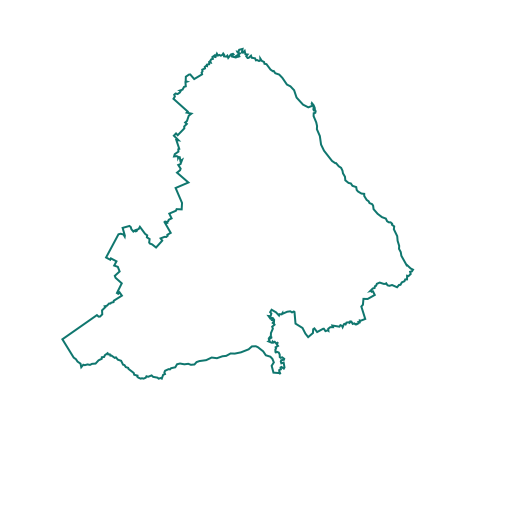 Masterton District, Wellington, New Zealand (Equal Earth projection), rotated 297°
{"feature_id": "76426892B14950908560920", "entity_name": "Masterton District", "entity_type": "district", "adm_level": 2, "iso_a3": "NZL", "parent_name": "New Zealand", "parent_adm1": "Wellington", "projection": "equal_earth", "projection_center": [175.891, -40.935], "detail": "fine", "context": "isolated", "style": "outline", "palette": "teal", "viewbox_px": 512, "rotation_deg": 297, "n_neighbors": 0, "source": "geoboundaries", "source_scale": "gbopen_adm2", "svg_char_len": 6133}
<svg xmlns="http://www.w3.org/2000/svg" viewBox="0 0 512 512"><g transform="rotate(297 256 256)"><path d="M433.9,170.2L432.2,171.1L431.1,170.2L431.1,168.0L430.3,167.1L431.7,165.4L430.7,162.2L432.2,160.6L429.2,159.5L428.6,158.6L429.6,156.6L431.7,157.0L431.0,154.9L433.6,152.8L431.2,152.1L431.0,151.0L434.4,150.0L432.1,147.4L430.0,147.7L429.6,146.5L428.9,147.4L429.2,149.7L427.4,149.0L426.3,150.5L425.5,149.7L426.3,148.2L425.1,147.5L425.2,149.1L423.7,147.9L422.8,144.0L423.7,143.6L425.4,144.5L425.7,143.7L424.3,142.2L419.9,141.3L421.5,139.5L420.2,139.1L419.4,136.9L420.8,136.3L421.5,134.9L420.0,134.8L418.5,133.7L418.5,132.0L417.3,131.1L418.5,129.3L414.9,129.6L414.7,128.9L415.8,128.0L413.5,126.8L412.1,128.1L411.0,126.9L409.0,126.6L407.8,127.9L407.4,126.3L405.6,127.2L404.2,125.4L403.0,126.1L402.9,125.3L401.2,124.5L400.0,125.4L397.6,123.5L396.2,124.5L394.7,124.3L393.4,125.5L385.6,120.6L387.9,115.0L387.2,113.9L383.9,112.1L379.8,114.0L380.0,115.3L378.9,114.2L375.3,116.4L374.0,115.1L370.9,115.0L369.0,113.2L369.1,114.0L367.1,113.9L364.7,112.6L364.3,110.6L362.6,109.9L361.3,111.3L358.6,111.1L353.7,129.6L352.3,129.2L353.5,133.8L350.5,132.4L345.0,133.2L342.8,132.3L342.3,134.4L338.8,133.2L337.2,134.2L328.1,131.4L328.9,129.1L325.9,128.2L323.9,134.5L323.1,132.4L316.6,139.0L315.8,138.3L313.8,139.5L309.9,137.4L307.5,137.8L309.0,140.1L309.0,141.5L308.0,142.1L309.0,142.1L309.4,143.2L306.4,145.5L308.1,146.5L303.6,147.0L301.8,145.4L299.6,149.2L297.9,149.4L294.4,147.8L290.8,162.4L280.1,153.5L269.7,166.0L263.8,168.6L261.7,164.0L260.0,164.1L254.4,159.5L251.2,163.7L248.7,161.8L247.2,162.0L246.2,161.2L245.3,162.0L244.9,161.6L245.4,159.4L244.7,159.1L237.9,169.5L234.7,167.4L233.9,168.1L232.2,167.4L231.6,165.9L228.4,163.0L227.1,165.5L218.2,163.1L219.2,158.1L218.9,155.8L219.5,154.7L222.8,153.5L223.1,150.3L225.0,149.7L225.4,147.1L229.3,139.3L226.7,139.2L225.1,137.6L225.0,138.3L224.0,138.3L223.2,137.4L223.2,136.0L222.1,135.6L223.3,132.8L224.9,131.3L225.3,129.6L220.5,124.4L214.6,129.9L213.7,130.2L215.0,128.2L214.4,125.3L212.9,123.6L186.6,123.1L186.5,127.8L188.0,127.8L187.9,134.1L183.1,134.0L183.6,137.8L180.3,141.5L174.2,139.2L172.8,140.8L170.7,148.8L159.9,148.9L159.8,150.4L161.7,150.9L159.8,154.5L151.6,149.6L150.2,150.0L148.7,148.2L147.6,147.9L147.0,146.7L143.9,145.7L142.6,144.1L142.1,145.0L137.7,143.5L134.2,145.5L131.2,144.5L130.5,143.3L131.1,141.1L93.9,121.3L82.7,139.7L82.3,142.4L80.9,144.9L80.4,148.5L77.6,150.8L80.7,151.5L81.0,153.0L82.9,155.1L83.6,157.5L85.5,158.9L87.3,161.9L91.6,163.1L94.3,165.2L95.8,164.6L97.1,166.5L99.0,166.4L102.0,167.9L101.2,169.0L102.0,170.4L101.1,171.5L101.7,172.2L101.1,176.4L102.1,177.2L100.9,180.0L101.4,183.4L98.8,186.9L99.1,188.3L97.9,190.4L98.3,192.9L97.5,193.7L96.3,200.1L94.9,201.4L95.6,204.7L94.6,205.0L94.2,206.4L94.4,209.0L95.3,209.9L95.7,211.5L97.5,213.0L99.1,213.0L99.4,214.7L102.2,217.2L101.6,219.2L102.9,223.5L102.5,224.9L104.1,226.6L104.0,227.7L108.0,227.2L109.5,228.5L110.7,227.2L112.5,227.1L115.5,229.5L115.9,230.8L117.5,231.3L120.2,234.6L123.7,234.8L125.7,237.1L127.0,241.4L129.2,244.6L129.5,247.4L131.4,250.4L134.5,251.2L136.7,253.3L140.6,258.9L145.4,262.6L147.2,267.6L151.4,271.6L153.5,274.8L157.6,277.6L159.4,281.4L163.3,286.3L169.5,291.8L173.6,293.4L175.5,296.8L175.6,299.1L174.3,305.7L172.0,309.8L172.8,314.5L171.8,317.3L169.3,320.2L165.3,319.8L160.0,324.5L162.3,330.0L161.9,331.4L164.1,328.8L165.1,328.5L166.3,329.6L167.8,328.5L168.7,329.0L168.3,331.9L169.6,332.0L173.6,329.0L171.9,327.3L173.2,326.0L174.6,325.8L176.2,328.0L177.2,327.8L177.6,325.3L176.5,324.3L176.7,323.1L179.0,321.8L180.3,320.1L180.1,318.1L179.1,317.5L179.3,316.9L181.5,315.7L182.6,315.9L183.6,314.9L185.9,316.4L186.7,314.7L189.2,314.7L187.1,314.1L188.1,311.6L187.0,311.0L187.3,309.9L186.4,310.3L185.9,309.5L185.6,305.9L186.6,306.5L187.7,305.3L190.2,306.8L190.5,306.6L189.7,305.1L191.6,305.5L194.1,304.3L198.9,304.0L200.4,302.5L203.2,303.7L203.9,302.5L204.0,300.4L204.6,302.3L207.4,301.1L207.7,300.4L206.5,300.3L206.2,299.4L208.2,299.2L208.1,298.1L206.7,297.3L208.2,294.4L208.8,296.0L209.6,296.2L211.7,295.8L212.4,294.1L215.2,294.3L214.9,299.4L213.4,303.5L214.8,303.3L215.6,305.3L217.2,305.5L216.6,305.9L220.5,309.1L222.3,311.7L222.1,313.7L223.7,314.9L223.6,315.7L213.7,321.9L213.0,330.1L209.3,335.2L207.4,339.3L213.2,341.7L216.7,340.2L218.0,340.9L216.0,345.0L221.7,348.9L222.0,349.5L220.6,352.0L222.3,353.6L222.2,354.5L224.0,353.4L226.3,354.5L227.5,356.9L228.7,355.6L230.9,362.4L232.7,362.6L232.8,364.4L231.9,365.5L235.2,365.3L236.0,366.0L235.8,366.9L237.8,366.9L238.9,368.5L238.8,369.5L240.5,369.6L240.8,370.5L240.1,370.8L240.4,371.6L239.4,373.0L240.6,374.2L240.2,375.6L241.0,376.1L240.8,376.7L242.6,377.9L243.6,377.2L244.1,378.5L245.7,377.7L245.9,378.7L249.5,381.9L258.8,372.8L261.1,373.4L266.6,371.2L268.4,375.0L275.2,379.5L277.6,376.3L276.7,375.3L277.5,374.6L276.7,373.7L280.1,374.8L281.3,376.2L283.0,375.7L284.0,376.5L286.1,376.3L288.5,378.3L289.1,382.3L289.8,383.9L290.8,384.4L289.6,386.5L290.0,388.4L291.9,390.4L292.2,395.9L295.2,396.6L295.9,397.8L298.7,397.9L300.9,399.7L302.9,399.6L303.7,401.2L307.0,399.6L307.3,401.0L310.2,402.0L311.9,400.5L313.1,401.9L315.1,402.1L315.1,399.5L316.5,394.7L316.1,394.5L322.2,385.4L325.2,383.2L327.3,380.2L330.0,379.0L333.8,375.3L337.8,372.8L342.4,366.7L345.1,365.7L345.6,362.9L346.6,362.6L347.1,360.6L346.3,359.1L346.5,357.0L348.3,354.7L347.8,350.6L348.8,345.2L351.1,339.5L354.0,337.5L354.9,336.0L354.7,333.1L355.9,331.5L356.2,329.2L358.6,325.2L360.5,324.2L359.5,321.6L359.8,317.5L360.6,315.7L362.9,314.0L362.3,310.1L363.7,307.6L363.1,305.3L364.0,301.2L367.0,299.3L369.1,296.0L371.3,294.3L373.2,291.8L373.5,289.0L375.1,285.2L374.7,284.4L375.2,280.6L380.7,268.8L384.8,263.4L391.9,258.4L396.6,252.7L399.5,251.4L402.4,249.0L406.8,243.8L409.4,242.6L410.5,243.8L412.1,243.4L412.9,242.3L412.0,241.6L412.5,240.7L415.9,239.3L413.9,241.3L414.4,241.3L416.5,238.9L417.6,236.4L416.9,236.5L416.2,238.1L415.4,238.0L412.2,235.1L412.2,229.2L415.6,220.2L421.0,214.7L422.8,209.7L422.8,205.7L426.7,198.6L428.2,194.3L427.6,190.2L428.9,187.8L428.3,187.1L428.7,184.3L431.7,178.2L431.1,176.3L432.5,175.1L432.5,172.5L433.9,170.2Z" fill="none" stroke="#0f766e" stroke-width="2"/></g></svg>